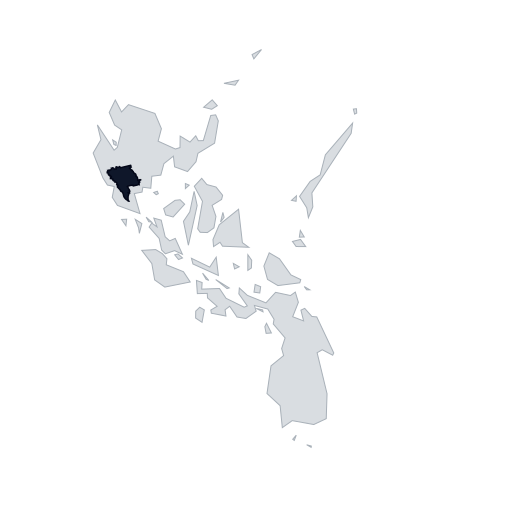 Agusan del Sur, Agusan del Sur, Philippines (highlighted), rotated 166°
{"feature_id": "2640588B20221108717018", "entity_name": "Agusan del Sur", "entity_type": "district", "adm_level": 2, "iso_a3": "PHL", "parent_name": "Philippines", "parent_adm1": "Agusan del Sur", "projection": "albers", "projection_center": [125.526, 8.58], "detail": "fine", "context": "in_parent", "style": "filled", "palette": "ink", "viewbox_px": 512, "rotation_deg": 166, "n_neighbors": 0, "source": "geoboundaries", "source_scale": "gbopen_adm2", "svg_char_len": 7384}
<svg xmlns="http://www.w3.org/2000/svg" viewBox="0 0 512 512"><g transform="rotate(166 256 256)"><path d="M240.7,78.5L260.7,87.5L272.0,83.1L268.8,104.9L278.6,119.9L268.0,145.8L253.3,152.7L253.5,160.0L247.6,169.5L255.7,185.9L253.8,190.2L257.4,201.7L269.5,208.4L269.2,202.4L280.9,197.8L289.2,201.4L293.7,213.6L299.0,211.3L299.7,205.0L313.2,211.3L312.9,214.5L305.9,216.6L313.2,227.1L312.3,231.5L322.0,233.7L319.7,246.7L314.7,243.3L316.7,237.0L299.3,233.3L295.3,222.2L279.9,209.2L276.5,209.7L281.8,223.4L279.9,229.0L273.9,219.9L257.7,208.1L245.8,216.0L232.1,209.3L226.6,211.5L226.1,200.8L235.1,188.2L225.5,181.5L225.5,192.6L221.4,193.4L216.4,183.8L211.8,182.2L204.0,143.1L205.6,141.2L214.4,149.0L220.1,147.4L220.4,105.1L227.2,81.2L240.7,78.5ZM358.3,325.2L378.2,338.6L381.3,347.7L376.7,357.7L383.0,360.8L385.6,368.6L389.1,395.3L378.3,406.4L378.2,421.6L368.1,393.0L364.3,394.9L355.8,410.9L361.5,417.2L363.7,430.8L354.8,441.4L351.6,428.3L343.1,433.7L319.6,418.8L317.0,402.4L323.2,391.1L308.3,379.3L303.5,379.6L300.6,390.7L292.5,382.5L285.4,387.2L284.1,381.8L279.2,380.7L265.9,403.3L261.0,402.7L259.9,396.2L268.9,375.5L287.5,369.7L291.4,362.0L302.0,354.5L313.4,362.2L312.0,372.9L323.0,367.9L328.8,357.5L337.8,358.6L341.7,347.2L349.2,350.1L351.1,345.6L359.0,346.0L358.3,325.2ZM299.0,338.6L289.9,344.5L286.4,337.2L278.1,332.6L273.7,323.0L275.7,319.2L286.3,315.8L285.3,304.1L290.0,293.5L297.5,290.5L304.4,292.5L306.0,296.5L294.7,322.0L299.0,338.6ZM352.0,247.9L360.1,257.3L358.9,273.9L365.5,289.1L351.8,286.5L346.3,281.0L343.1,274.9L345.2,269.2L330.2,258.3L326.1,246.7L352.0,247.9ZM260.9,266.2L286.1,273.6L287.6,278.0L294.9,275.4L293.8,282.3L284.1,295.2L261.6,305.6L266.0,272.2L260.9,266.2ZM164.2,337.4L130.1,361.6L134.0,352.0L186.5,303.7L189.0,289.9L195.9,280.5L195.1,290.5L199.3,303.3L185.4,315.3L174.1,319.2L164.2,337.4ZM220.0,219.4L241.9,222.0L250.5,230.5L250.8,244.3L242.4,255.9L233.9,247.6L226.7,229.2L218.3,222.3L220.0,219.4ZM333.7,280.9L343.4,280.1L346.1,284.6L345.7,296.5L352.7,309.9L349.2,313.2L345.0,308.2L346.0,317.5L339.3,313.7L339.5,296.6L336.1,291.6L330.1,292.6L327.0,275.5L333.7,280.9ZM300.4,333.7L300.9,319.2L319.0,282.8L318.0,307.2L309.6,314.8L300.4,333.7ZM334.1,324.4L321.1,329.6L316.0,328.9L312.7,323.5L327.0,313.9L333.7,317.7L334.1,324.4ZM297.2,246.2L319.1,263.5L319.2,269.4L303.6,256.4L294.9,264.5L297.2,246.2ZM327.8,217.1L323.0,219.9L319.2,216.2L324.4,204.7L329.6,210.4L327.8,217.1ZM270.8,413.0L260.7,418.1L257.2,411.2L263.5,409.1L270.8,413.0ZM205.5,253.1L214.8,255.5L217.1,261.3L208.8,261.3L205.5,253.1ZM261.3,219.2L266.7,221.4L263.7,228.6L258.9,225.1L261.3,219.2ZM235.0,426.8L245.3,431.3L230.4,430.8L235.0,426.8ZM364.3,320.8L358.9,315.1L363.7,306.2L363.1,311.6L364.3,320.8ZM267.4,244.0L263.6,259.2L261.2,252.9L263.4,245.5L267.4,244.0ZM210.4,447.8L211.1,452.4L200.7,455.0L210.4,447.8ZM264.9,178.5L264.5,185.3L262.1,188.2L259.7,177.6L264.9,178.5ZM282.2,297.5L277.6,306.3L277.6,301.2L282.2,297.5ZM209.4,263.8L206.8,270.1L204.6,262.8L209.4,263.8ZM334.6,276.8L331.2,276.9L327.8,271.9L332.0,271.3L334.6,276.8ZM279.9,248.6L279.8,254.3L274.9,249.6L279.9,248.6ZM377.6,324.0L372.6,323.0L374.9,316.8L377.6,324.0ZM292.0,231.4L300.8,242.9L289.7,231.5L292.0,231.4ZM208.1,301.4L202.2,304.6L203.9,299.4L208.1,301.4ZM308.2,338.5L307.0,343.4L303.7,340.9L308.2,338.5ZM310.1,245.5L312.0,252.3L307.7,243.7L310.1,245.5ZM126.0,375.0L122.9,374.6L123.7,370.3L126.0,369.8L126.0,375.0ZM339.9,342.4L336.1,342.7L335.7,340.1L338.0,339.6L339.9,342.4ZM367.0,403.3L364.1,400.2L365.0,397.1L366.9,398.6L367.0,403.3ZM215.0,210.9L216.6,214.7L212.0,210.2L215.0,210.9ZM351.7,315.2L353.2,320.3L349.0,314.1L351.7,315.2ZM264.7,69.3L260.3,72.4L263.5,67.8L264.7,69.3ZM268.5,205.1L262.6,202.1L262.7,200.1L268.5,205.1ZM248.8,57.0L252.5,60.6L248.3,58.2L248.8,57.0Z" fill="#d9dde1" stroke="#a8b0b8" stroke-width="1"/><path d="M351.9,354.2L351.9,355.7L351.7,355.7L351.8,355.8L351.6,356.0L351.5,356.3L351.4,356.3L351.3,356.5L351.2,356.5L350.8,356.8L350.7,357.0L350.3,357.2L350.3,357.3L350.4,357.5L350.2,357.8L350.3,357.8L350.2,357.8L350.1,358.0L349.9,358.0L350.0,358.1L352.0,358.1L352.3,358.1L352.4,357.9L352.5,357.9L352.5,358.2L352.4,358.2L352.3,358.4L352.3,358.5L352.1,358.8L352.2,359.2L352.2,359.3L352.2,359.6L352.2,359.8L352.2,360.0L352.2,360.5L352.1,361.0L352.4,361.6L352.5,361.8L352.6,362.1L352.8,362.1L353.0,362.2L353.0,362.3L353.2,362.5L352.9,362.7L352.9,362.8L353.0,363.0L352.9,363.1L352.9,363.4L352.9,363.8L352.9,364.0L352.9,364.4L353.3,365.0L353.6,365.1L353.8,365.6L354.1,365.9L354.4,366.0L354.6,366.4L354.7,367.3L354.8,367.8L355.4,368.3L355.3,368.5L355.4,368.8L355.4,369.1L355.5,369.2L355.6,369.3L355.7,369.2L355.9,369.3L356.0,369.5L356.2,369.8L356.3,369.8L356.4,370.0L356.5,370.2L356.5,370.3L356.7,370.5L356.8,370.7L356.8,370.8L356.7,370.8L356.9,370.9L356.9,371.0L357.0,371.0L357.0,370.9L357.1,371.0L357.3,371.3L357.3,371.5L357.3,371.4L357.4,371.5L357.5,371.6L357.4,371.7L357.3,371.8L357.3,372.0L357.2,372.0L356.9,372.1L356.7,372.1L356.6,372.3L356.6,372.2L356.5,372.4L356.4,372.4L356.5,372.5L356.3,372.7L356.1,372.8L356.1,373.1L355.7,373.1L355.7,373.3L355.7,373.6L355.6,373.9L355.7,374.3L363.5,374.4L366.1,374.4L366.1,374.7L366.1,374.8L366.5,375.3L366.6,375.5L367.0,375.8L367.3,375.5L367.5,375.2L368.8,375.3L369.1,375.8L369.5,376.1L369.8,376.3L370.2,376.3L370.5,375.8L370.6,375.3L370.4,374.7L370.5,374.3L371.0,374.4L372.4,374.4L372.4,374.5L372.5,374.8L372.6,375.1L372.9,375.7L373.0,375.8L373.5,376.0L373.8,376.2L374.0,376.3L374.2,376.2L374.5,375.9L374.7,375.7L374.8,375.6L375.0,375.4L375.1,375.5L375.1,375.4L375.1,375.5L375.2,375.4L375.3,375.3L375.4,375.2L375.6,375.1L376.0,374.8L376.5,374.7L377.0,374.4L377.0,374.5L377.3,374.6L377.3,374.8L377.6,374.9L377.8,374.7L378.2,374.7L378.3,374.9L378.5,374.9L378.4,374.8L378.5,374.7L378.9,374.6L379.1,374.5L379.2,374.4L379.3,374.1L380.0,373.6L379.9,373.4L379.8,373.2L380.0,373.1L380.2,372.9L380.2,372.7L379.5,372.7L379.4,372.2L379.5,370.6L378.8,369.6L378.7,369.6L378.6,369.4L378.5,369.5L378.5,369.4L378.4,369.4L378.2,369.2L378.2,369.3L378.1,369.2L377.9,369.1L378.0,368.9L378.0,369.0L377.7,368.8L377.7,368.6L377.2,368.1L378.0,367.5L377.5,367.1L378.4,366.3L376.3,365.3L376.5,364.2L376.0,363.4L375.7,363.2L375.1,363.0L374.8,362.4L374.7,362.3L374.9,361.9L374.4,361.8L373.9,361.3L373.3,360.4L373.3,360.1L373.5,359.5L373.8,359.3L373.6,358.4L372.9,358.4L372.9,357.6L373.1,357.5L373.8,356.6L373.5,356.1L372.6,354.4L372.1,353.7L371.8,352.8L371.7,352.2L371.5,351.6L371.0,351.1L370.4,350.6L370.1,350.0L369.9,348.8L369.8,347.4L369.9,346.5L369.7,345.1L369.2,343.8L368.5,342.5L366.7,340.6L366.7,340.2L366.1,340.0L366.5,341.8L366.4,342.1L365.8,344.4L365.6,345.0L364.6,346.6L364.5,346.8L364.4,347.0L364.5,347.2L364.5,347.4L364.5,347.5L364.5,347.8L364.4,347.7L364.5,347.7L364.4,347.7L364.4,347.8L364.5,347.8L364.4,347.8L364.3,348.0L364.3,347.9L364.2,347.9L364.3,348.0L364.1,348.0L363.9,348.1L363.7,348.1L363.5,348.3L363.4,348.4L363.5,348.5L363.4,348.6L363.2,348.9L362.8,349.3L362.8,349.5L362.9,350.7L363.2,350.7L363.2,350.9L363.2,351.1L363.2,351.4L363.6,353.2L363.7,353.5L363.9,353.9L363.7,353.9L363.8,354.7L362.8,354.8L361.1,354.8L360.9,354.9L360.5,354.9L360.3,354.8L360.2,354.9L359.9,354.9L359.7,354.8L358.7,354.5L358.4,354.5L358.3,354.0L357.9,354.0L357.9,353.7L354.0,353.6L353.5,353.8L353.3,353.8L353.2,353.8L353.2,353.7L352.8,353.7L352.7,353.7L352.5,353.9L352.3,353.9L352.3,354.0L352.2,353.9L352.2,354.0L351.9,354.2Z" fill="#0f172a" stroke="#020617" stroke-width="1.5"/></g></svg>